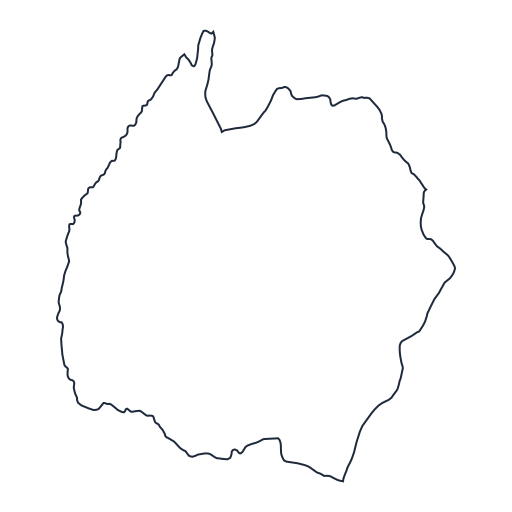 outline of Forohem, Cova Lima, East Timor
{"feature_id": "22284137B96492698120269", "entity_name": "Forohem", "entity_type": "district", "adm_level": 2, "iso_a3": "TLS", "parent_name": "East Timor", "parent_adm1": "Cova Lima", "projection": "equal_earth", "projection_center": [125.112, -9.256], "detail": "fine", "context": "isolated", "style": "outline", "palette": "slate", "viewbox_px": 512, "rotation_deg": 0, "n_neighbors": 0, "source": "geoboundaries", "source_scale": "gbopen_adm2", "svg_char_len": 5919}
<svg xmlns="http://www.w3.org/2000/svg" viewBox="0 0 512 512"><path d="M213.3,31.8L211.6,33.6L209.8,33.0L208.3,31.9L206.2,30.8L204.8,30.7L203.5,31.0L202.0,34.0L200.3,38.3L198.4,44.8L198.2,45.8L198.2,47.9L197.9,51.2L197.6,53.4L197.4,56.0L197.1,58.2L196.6,60.3L195.5,64.1L194.7,65.7L193.7,66.3L191.8,65.3L190.9,63.4L189.1,60.4L187.6,58.7L186.3,57.5L184.3,54.3L180.7,57.3L179.7,58.4L178.1,66.6L177.3,68.3L176.6,69.3L174.5,70.9L173.7,71.8L172.9,72.7L171.7,75.0L170.0,75.4L168.9,75.0L167.8,75.1L166.8,75.6L165.6,76.8L157.4,89.4L154.6,92.7L153.0,96.7L151.8,98.3L150.6,99.7L149.0,100.4L147.9,101.2L147.5,102.4L147.2,104.1L146.6,105.2L144.4,105.7L143.5,105.7L142.5,106.1L142.2,107.6L141.9,111.0L141.1,112.5L139.3,114.2L137.6,116.3L136.7,118.2L136.4,120.1L136.4,121.9L135.9,123.4L135.1,124.8L134.1,125.7L132.6,125.8L130.4,125.4L129.2,125.8L127.9,127.0L127.5,128.4L127.5,132.1L126.8,134.2L125.6,135.6L123.8,136.8L121.6,137.7L120.8,138.4L120.3,140.5L120.6,141.8L120.3,144.3L120.1,147.8L118.7,149.0L117.5,149.8L116.8,151.7L116.4,154.3L116.2,156.9L115.8,158.7L115.1,160.1L114.1,160.8L112.9,160.9L111.9,160.8L110.1,162.4L108.3,166.4L107.4,168.1L106.2,169.5L105.4,171.0L104.9,173.1L104.1,174.3L102.9,175.0L101.2,175.5L100.3,176.4L99.4,178.3L98.8,180.2L97.8,181.5L96.6,182.0L96.0,182.7L94.9,184.1L93.9,186.0L93.1,187.1L91.9,187.4L90.5,187.2L89.2,187.6L88.2,188.7L87.8,192.1L87.5,193.3L86.5,194.1L84.5,195.5L81.9,198.3L81.0,199.6L81.1,202.4L81.0,203.9L79.4,208.5L79.2,209.9L79.5,211.1L80.2,212.0L80.2,213.2L79.5,214.5L78.4,215.3L76.9,215.7L75.3,215.6L74.3,216.1L73.9,217.3L74.4,218.8L74.7,220.2L74.5,222.0L73.8,223.4L73.0,224.1L70.6,223.9L69.4,224.4L69.1,227.1L69.5,228.9L69.1,231.6L68.3,233.2L67.3,236.0L65.7,241.4L65.9,243.2L67.4,248.1L67.4,252.8L67.9,255.9L68.8,259.4L69.1,261.5L67.0,267.4L65.4,271.2L64.1,275.5L63.7,279.0L63.2,282.0L61.7,288.2L61.4,290.4L60.8,292.6L60.1,293.7L59.5,295.4L59.1,297.5L58.7,301.1L58.7,302.4L58.8,303.1L59.9,306.8L60.0,309.3L59.6,310.9L58.4,313.3L57.6,315.5L57.0,317.5L57.2,319.3L57.9,320.8L59.6,322.1L61.6,322.3L62.7,324.3L63.0,326.7L62.5,330.3L62.2,333.4L61.1,338.7L61.5,345.3L62.4,354.8L64.4,365.0L65.4,366.4L67.1,367.8L67.9,368.8L67.5,373.4L67.7,376.1L68.6,378.0L69.5,379.2L70.9,379.9L72.4,380.3L73.5,381.1L74.2,382.5L74.2,384.2L73.9,385.9L73.8,388.0L74.5,391.2L75.2,393.7L76.3,396.1L77.1,398.0L77.0,399.6L77.5,401.4L78.1,402.8L81.4,405.4L88.7,408.4L93.5,410.0L95.6,409.9L97.5,409.5L98.9,408.7L103.5,403.0L104.5,403.0L107.7,404.1L109.1,403.8L110.6,404.2L111.4,404.7L115.4,407.9L117.6,409.9L121.9,412.0L123.8,412.3L124.9,411.4L125.4,410.1L126.2,408.9L127.2,408.7L130.8,411.6L132.4,411.8L134.7,411.3L138.7,410.8L140.2,410.9L142.0,412.1L145.7,415.0L147.4,415.8L149.1,415.6L151.7,415.7L152.7,416.0L153.5,417.0L154.2,419.6L155.1,422.0L156.2,423.2L157.9,423.9L158.9,424.9L159.9,426.8L162.9,430.3L165.0,434.4L165.3,436.0L166.2,437.0L169.5,438.8L173.8,441.4L175.3,442.8L179.5,447.4L181.1,448.8L183.6,450.3L185.3,451.0L188.9,455.7L190.6,456.4L192.3,456.8L195.7,455.7L197.4,454.8L198.9,454.4L204.9,453.4L208.1,453.5L210.2,454.1L215.3,457.5L217.2,458.3L219.5,458.4L221.8,458.8L224.9,459.1L227.4,459.3L230.1,457.9L230.8,456.5L231.5,454.2L231.8,451.6L232.7,450.2L234.3,449.5L235.5,449.7L237.3,450.6L238.2,452.0L239.3,453.2L240.6,453.4L242.5,451.9L245.5,447.0L247.5,445.6L251.6,444.0L255.9,442.8L258.8,441.6L263.3,439.2L264.8,439.0L276.3,438.4L277.8,438.2L279.3,439.5L280.5,442.6L280.8,445.3L281.1,453.1L281.6,455.2L282.4,457.3L283.9,460.3L286.3,461.6L297.8,463.3L304.4,465.0L307.5,466.1L309.9,467.4L315.3,471.3L317.2,472.6L319.7,473.4L322.6,474.9L324.0,475.9L326.8,475.8L328.6,475.9L330.7,476.4L332.5,477.5L337.4,479.9L339.9,480.7L343.0,481.3L343.5,478.3L344.9,474.5L346.3,471.1L347.3,468.1L348.1,466.2L350.0,462.7L352.0,458.2L354.0,452.4L356.7,441.6L359.9,431.6L362.4,425.9L371.4,413.4L374.5,409.6L378.5,405.6L382.2,403.0L388.6,399.9L391.5,397.7L393.3,395.0L396.6,390.6L397.4,389.3L398.9,384.5L399.6,381.0L400.6,378.6L402.8,368.3L402.7,366.7L401.6,363.4L401.3,361.9L400.5,357.8L399.9,353.5L399.7,350.5L399.7,345.8L400.6,343.0L402.1,341.1L411.4,336.1L416.9,332.4L419.2,331.4L423.0,325.6L425.1,321.5L426.9,315.8L427.4,313.4L430.9,306.1L434.4,299.1L439.1,292.7L440.6,289.8L444.6,282.6L449.9,278.3L452.2,275.3L453.8,272.4L454.6,270.0L455.0,268.5L454.6,266.4L452.1,261.8L450.5,259.1L448.7,256.3L447.3,254.8L443.7,251.9L440.2,248.6L437.1,246.4L435.1,243.9L433.0,240.9L431.8,239.8L430.9,239.2L429.5,239.0L427.3,239.0L426.0,238.3L423.5,234.5L421.5,229.4L420.8,225.8L420.7,222.1L421.0,218.3L421.9,215.1L423.6,210.0L424.2,207.2L424.0,205.4L423.2,203.1L423.2,201.1L423.6,196.2L423.7,193.2L424.1,191.8L424.9,190.5L426.2,189.6L424.2,187.7L419.4,180.3L417.8,178.7L416.5,177.0L413.8,174.2L411.6,173.1L410.5,170.4L409.9,167.4L408.7,164.5L407.9,163.2L406.5,162.2L404.1,160.0L401.5,156.8L400.1,154.8L397.4,152.8L394.0,152.3L393.0,151.7L391.8,149.9L391.1,147.5L390.0,144.6L386.7,138.0L386.4,135.4L386.3,131.9L385.8,128.7L385.0,125.8L383.8,123.4L382.7,121.9L381.9,118.1L382.0,116.1L381.4,113.7L379.6,110.0L377.4,107.0L369.6,98.4L367.4,97.8L365.5,97.7L364.1,98.0L363.1,97.5L361.8,97.2L359.0,97.9L356.5,98.8L352.3,98.3L349.1,98.9L346.5,99.9L342.9,100.8L340.2,102.0L334.3,105.5L332.3,105.7L331.2,104.4L330.5,101.7L330.3,99.5L329.1,97.3L327.4,96.0L323.7,95.4L321.4,95.4L318.2,96.6L314.9,97.3L305.8,98.2L301.8,98.9L296.7,99.2L295.4,98.7L293.4,97.2L292.1,95.9L291.3,94.4L290.5,91.0L288.2,88.4L287.3,87.8L285.6,87.0L283.9,87.1L281.9,88.0L278.9,88.2L276.9,89.0L275.4,91.2L273.0,95.2L271.4,99.5L270.1,102.3L267.4,107.5L265.3,110.9L264.2,111.9L262.6,113.9L256.8,121.9L254.3,124.0L250.5,125.7L244.6,127.1L240.7,127.7L236.0,128.2L224.6,130.3L221.8,132.0L220.8,128.6L212.9,112.9L207.0,101.7L206.1,99.4L205.4,97.0L205.2,93.4L205.4,90.9L207.5,83.9L208.5,79.6L209.6,71.2L210.1,69.3L211.4,66.4L211.8,64.1L211.3,57.9L212.4,55.3L212.0,49.7L212.8,46.5L214.0,43.2L214.6,39.9L214.8,37.4L213.3,31.8Z" fill="none" stroke="#1e293b" stroke-width="2"/></svg>